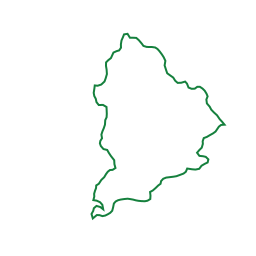 outline of Taparuba, Minas Gerais, Brazil, rotated 142°
{"feature_id": "56859067B97450946260268", "entity_name": "Taparuba", "entity_type": "district", "adm_level": 2, "iso_a3": "BRA", "parent_name": "Brazil", "parent_adm1": "Minas Gerais", "projection": "orthographic", "projection_center": [-41.602, -19.749], "detail": "fine", "context": "isolated", "style": "outline", "palette": "green", "viewbox_px": 256, "rotation_deg": 142, "n_neighbors": 0, "source": "geoboundaries", "source_scale": "gbopen_adm2", "svg_char_len": 2109}
<svg xmlns="http://www.w3.org/2000/svg" viewBox="0 0 256 256"><g transform="rotate(142 128 128)"><path d="M128.0,182.0L130.4,179.6L133.4,176.8L134.9,173.9L135.4,170.9L136.9,167.8L136.9,164.1L133.5,161.6L132.0,157.8L134.2,154.7L136.0,152.2L138.3,149.6L141.1,148.2L144.1,144.8L147.3,142.7L150.2,141.1L153.0,139.2L154.8,135.9L157.7,134.9L159.6,133.2L160.5,130.5L160.3,126.5L157.9,123.5L158.4,120.4L158.7,116.5L158.7,111.1L161.0,107.8L162.5,104.2L165.9,104.5L168.1,106.0L170.8,106.0L173.7,105.2L177.0,103.9L181.0,103.5L185.4,102.0L188.4,102.3L190.2,100.3L192.7,98.8L195.2,97.0L196.8,94.7L199.7,92.5L197.4,90.0L195.7,86.7L195.5,83.3L197.6,79.2L198.5,82.8L200.8,86.0L204.3,85.8L206.4,84.1L209.7,82.7L211.4,78.4L206.2,78.6L204.1,76.9L202.4,74.3L199.8,73.0L196.8,72.4L194.2,72.1L191.4,72.5L188.5,74.7L185.6,77.2L182.9,77.7L180.3,77.2L177.8,76.1L174.8,74.4L171.8,72.5L170.0,70.6L168.1,68.5L166.3,66.1L164.6,64.2L162.4,62.1L159.8,59.9L157.4,58.7L154.2,58.3L151.9,60.9L150.0,64.0L146.9,63.5L143.2,63.7L139.5,64.1L136.7,64.0L134.6,65.8L131.5,66.3L128.4,65.4L125.6,63.7L122.1,61.6L119.5,60.2L115.8,59.0L112.3,57.9L109.4,57.9L106.3,59.6L102.9,56.0L100.4,53.7L97.0,52.0L93.3,53.0L89.5,52.5L86.5,51.8L84.0,53.8L84.5,57.4L86.2,59.5L88.9,62.1L88.8,66.0L85.4,66.7L82.0,67.1L78.8,69.4L77.3,71.6L74.5,73.4L71.3,72.4L68.1,72.0L64.3,71.4L61.2,71.3L58.7,72.1L55.6,73.1L52.7,73.1L49.9,71.2L50.0,74.8L50.3,78.6L50.0,83.2L50.7,87.3L51.1,91.2L50.5,94.5L50.7,98.8L48.7,102.2L45.8,103.9L45.0,106.7L44.6,110.2L45.0,113.2L46.0,116.2L48.0,117.8L51.2,117.9L53.7,119.7L55.4,122.6L54.2,126.7L54.4,129.4L58.2,130.9L61.1,133.0L61.7,136.2L61.3,139.9L62.4,143.5L63.4,147.0L62.3,150.2L60.6,154.8L57.2,157.9L56.3,161.8L56.0,165.1L55.9,169.0L56.1,172.1L57.0,174.7L59.3,177.1L63.3,180.3L65.3,183.2L65.2,185.9L65.4,190.6L66.0,193.9L68.2,195.8L70.9,197.9L70.4,202.5L73.5,204.2L76.2,202.6L79.2,201.0L82.1,198.3L84.1,195.6L87.2,194.6L89.7,195.6L93.0,196.4L95.9,194.9L98.4,193.6L101.8,193.6L104.9,193.2L107.1,190.5L108.9,187.2L111.4,183.5L115.0,180.9L117.9,179.1L122.3,178.7L125.9,180.0L128.0,182.0Z" fill="none" stroke="#15803d" stroke-width="2"/></g></svg>